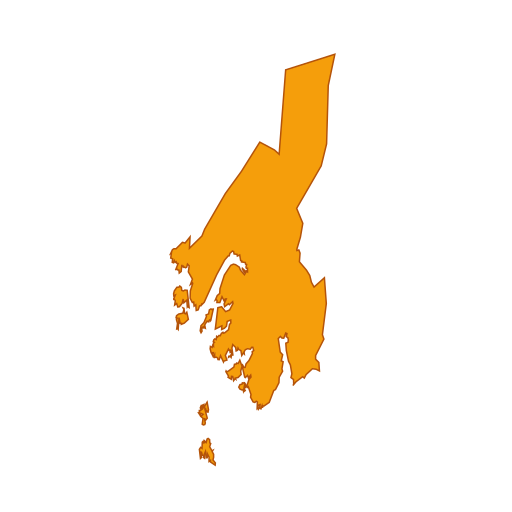 Roan nor, Sør-Trøndelag, Norway, rotated 281°
{"feature_id": "86288312B70767973443782", "entity_name": "Roan nor", "entity_type": "district", "adm_level": 2, "iso_a3": "NOR", "parent_name": "Norway", "parent_adm1": "Sør-Trøndelag", "projection": "robinson", "projection_center": [10.233, 64.168], "detail": "fine", "context": "isolated", "style": "filled", "palette": "amber", "viewbox_px": 512, "rotation_deg": 281, "n_neighbors": 0, "source": "geoboundaries", "source_scale": "gbopen_adm2", "svg_char_len": 6098}
<svg xmlns="http://www.w3.org/2000/svg" viewBox="0 0 512 512"><g transform="rotate(281 256 256)"><path d="M262.2,187.6L255.2,183.9L255.4,181.2L247.8,176.1L247.5,174.1L246.3,172.8L242.2,171.8L242.8,172.4L237.7,172.7L237.3,174.7L233.8,175.0L233.6,176.3L235.9,176.7L234.3,177.9L235.2,178.7L233.6,179.8L233.7,181.0L226.7,179.7L228.6,180.4L227.4,181.7L227.5,183.0L224.6,183.9L226.5,185.5L233.2,184.9L231.3,185.8L232.1,186.6L230.6,187.6L231.5,187.5L231.0,189.1L231.8,190.1L235.0,190.3L233.6,192.3L227.5,192.6L221.2,198.0L215.6,197.1L217.5,198.8L217.0,199.1L209.2,198.2L202.0,199.4L198.2,202.4L198.9,203.6L195.0,204.8L196.6,206.2L191.1,207.7L192.1,209.5L196.3,210.1L196.6,211.4L199.4,212.2L198.3,212.4L200.7,214.0L230.2,221.0L246.1,226.0L250.8,228.7L251.1,229.7L253.6,229.8L256.4,231.9L256.1,233.2L253.8,234.1L254.0,236.8L254.6,236.8L252.4,237.7L253.9,239.8L248.6,241.8L248.4,243.0L247.4,243.0L247.6,246.7L246.0,247.3L245.9,248.4L243.1,248.3L242.1,248.9L242.4,250.0L238.8,250.7L239.2,249.9L238.2,250.1L239.5,249.2L239.1,248.5L241.3,245.0L240.6,245.0L237.8,247.7L237.6,249.0L235.4,248.2L239.1,243.5L241.9,241.7L243.6,237.6L243.7,235.4L242.0,233.0L231.3,228.6L217.1,226.9L212.3,227.5L209.8,225.5L205.1,224.5L205.8,225.2L204.8,226.3L202.9,226.5L203.4,229.4L209.5,230.4L205.9,233.2L208.0,234.0L208.2,235.0L202.8,233.8L200.3,234.9L203.9,238.1L203.1,239.1L206.7,241.8L205.0,242.5L198.0,240.4L195.6,236.8L199.6,231.9L198.0,228.4L176.5,230.0L180.9,235.8L177.3,236.3L179.1,238.8L181.5,240.4L186.3,240.2L188.3,243.4L185.4,244.1L183.9,243.1L178.4,243.1L174.7,240.0L174.0,238.7L174.8,238.1L173.5,236.8L170.9,236.1L171.0,234.9L169.1,233.7L169.6,232.7L166.4,232.9L166.8,231.4L165.7,230.6L163.8,230.4L163.3,231.6L162.3,230.8L159.3,231.5L160.0,230.5L157.9,230.4L158.5,228.5L156.1,228.7L152.5,230.4L153.0,232.6L152.0,232.6L151.8,231.1L148.9,233.3L151.4,234.2L148.5,234.8L149.1,236.3L148.5,237.9L147.1,238.4L147.2,239.7L151.4,240.2L145.7,244.3L146.7,244.5L148.3,247.3L152.6,244.9L159.4,246.7L158.3,247.6L158.8,248.6L157.8,249.8L156.8,249.4L157.3,248.7L156.4,249.0L157.5,250.7L155.2,250.7L152.8,249.7L152.4,248.4L151.4,248.4L152.7,249.8L151.7,250.9L154.0,250.9L154.4,252.2L161.1,249.9L164.6,250.1L162.3,253.5L159.0,254.6L159.8,255.7L162.2,255.9L160.9,256.9L160.3,259.2L155.6,261.0L158.4,262.1L157.6,263.2L159.6,262.6L162.0,263.4L163.4,265.5L163.4,268.2L165.6,269.2L165.8,270.3L162.7,271.8L161.4,270.5L159.5,271.1L152.2,269.1L148.2,266.8L144.6,266.6L144.3,265.4L146.5,263.6L145.8,262.9L150.6,260.0L147.1,259.0L147.2,257.4L146.2,257.2L145.6,255.5L142.8,255.5L137.7,250.8L136.7,249.3L137.4,248.6L136.7,248.5L132.9,251.9L131.6,251.7L130.3,255.2L133.2,254.9L133.3,256.1L129.3,257.8L131.6,258.9L131.3,259.5L132.2,259.0L133.3,261.6L136.9,264.0L140.1,262.9L145.3,263.4L135.0,268.0L134.6,268.7L137.2,270.5L134.9,271.8L138.1,273.5L136.2,274.2L133.4,272.6L126.8,271.9L126.3,271.1L127.7,270.4L126.7,270.2L127.4,269.4L130.0,268.6L128.9,268.4L128.9,266.8L127.5,266.7L126.7,264.8L124.0,264.1L122.3,265.6L121.8,267.9L122.4,269.0L120.7,269.6L122.2,270.0L121.2,270.5L121.9,271.1L123.6,269.4L127.0,269.4L124.8,270.6L126.7,272.0L125.4,272.6L126.3,273.3L119.1,277.5L116.3,277.6L112.2,281.0L112.0,282.8L113.5,283.9L113.0,285.2L107.2,286.1L110.6,287.4L111.0,288.4L108.2,288.5L106.6,286.9L105.8,287.5L107.6,288.3L106.9,290.0L110.2,290.5L108.2,291.3L110.3,291.5L110.2,292.4L114.8,296.9L127.4,299.1L128.6,300.6L136.0,302.7L141.4,301.9L148.0,304.1L150.1,303.0L157.4,302.8L157.9,300.8L164.2,301.0L166.3,298.1L179.2,293.6L181.7,295.3L180.4,297.1L180.6,298.9L186.0,299.9L185.5,300.8L186.4,301.2L182.6,301.1L181.9,302.8L180.0,303.7L177.4,303.9L176.1,301.9L169.0,303.8L158.9,308.0L155.7,310.5L147.2,313.7L143.3,313.5L141.9,316.4L137.2,317.5L135.9,316.9L140.2,319.3L146.4,324.8L145.4,326.7L149.2,327.8L156.1,332.9L156.3,336.7L155.3,340.2L163.5,338.0L166.1,334.2L169.7,333.5L187.4,338.5L191.4,336.2L222.7,334.1L247.7,327.3L236.6,318.9L240.8,315.4L247.1,312.5L251.7,308.3L258.6,299.7L267.2,298.7L270.1,296.9L269.2,295.1L270.5,294.8L282.9,296.0L297.0,295.7L310.5,286.8L356.9,302.8L379.5,303.9L437.1,294.4L469.1,294.9L444.4,249.6L360.3,259.3L363.6,253.9L368.5,238.0L336.2,225.5L311.5,214.0L272.6,200.5L265.3,199.1L250.9,189.2L262.2,187.6ZM210.2,184.3L206.2,182.5L203.3,182.3L201.2,182.9L202.2,184.2L198.4,183.4L197.0,183.8L198.2,183.9L196.7,185.3L192.3,185.5L194.2,187.2L191.0,189.0L191.6,190.5L195.4,192.5L199.9,192.7L196.3,194.1L199.5,196.5L193.2,198.2L195.1,198.8L193.0,199.1L192.6,200.2L209.2,195.0L209.0,192.7L207.8,191.3L208.1,189.7L211.0,188.7L212.0,186.9L210.7,186.3L210.2,184.3ZM57.6,238.2L55.4,237.3L46.7,240.1L47.9,241.0L53.1,238.9L53.0,240.0L50.1,241.4L50.4,242.9L48.2,242.9L47.7,244.0L51.7,243.1L54.5,243.7L48.4,245.7L48.7,246.6L52.5,246.1L49.6,248.3L45.4,249.1L46.7,250.3L45.1,250.6L42.9,255.8L45.1,255.6L47.6,252.7L50.4,252.8L53.3,252.2L55.6,250.3L56.9,250.7L56.3,250.0L59.9,246.9L63.3,247.3L63.7,246.3L66.9,245.5L67.8,243.8L67.0,242.9L63.5,242.7L64.6,241.0L62.3,241.2L64.2,240.1L62.9,239.9L63.6,239.2L63.0,238.8L56.9,239.7L57.6,238.2ZM182.3,189.4L180.1,189.3L180.0,190.6L178.4,190.0L174.9,191.8L169.4,192.1L169.9,192.7L169.1,193.6L180.8,192.2L175.4,194.4L175.7,195.7L174.7,195.8L176.4,198.4L180.9,201.7L187.6,198.8L185.8,198.0L186.0,196.9L190.9,195.3L191.1,194.4L189.7,195.5L185.9,195.1L184.3,191.2L182.3,189.4ZM91.1,229.5L88.8,231.7L91.1,231.9L90.5,234.3L88.0,232.5L86.5,235.0L80.6,235.3L80.1,236.6L80.8,237.9L82.4,238.1L87.0,236.3L85.3,237.9L87.5,239.1L95.6,235.2L96.2,235.8L94.3,236.5L94.7,237.1L93.6,237.6L93.6,238.7L96.1,238.7L103.2,235.9L98.8,234.2L96.9,234.7L97.6,233.6L100.1,233.1L99.5,232.7L100.2,232.1L96.3,232.9L94.8,232.2L97.9,232.3L97.3,231.4L98.9,231.6L98.9,230.8L96.4,230.3L94.4,231.5L92.9,230.2L94.2,229.7L91.3,230.3L91.1,229.5ZM177.1,215.3L171.9,215.5L170.2,216.7L172.0,217.4L175.6,215.9L174.4,216.8L175.9,217.1L175.5,218.2L177.5,218.2L175.1,219.1L175.8,219.2L175.5,220.0L178.6,218.8L182.8,220.4L182.2,221.6L184.5,222.7L184.9,223.4L183.6,223.6L184.1,223.9L196.4,224.2L194.8,223.5L195.5,221.9L194.2,220.5L190.1,220.5L188.6,218.2L187.0,218.9L180.7,217.6L177.1,215.3Z" fill="#f59e0b" stroke="#b45309" stroke-width="1.5"/></g></svg>